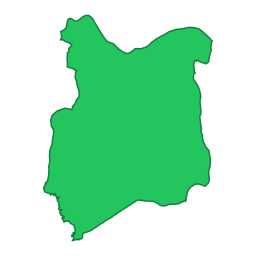 outline of Rwamagana, Eastern, Rwanda
{"feature_id": "39286606B51470133526692", "entity_name": "Rwamagana", "entity_type": "district", "adm_level": 2, "iso_a3": "RWA", "parent_name": "Rwanda", "parent_adm1": "Eastern", "projection": "natural_earth1", "projection_center": [30.347, -1.979], "detail": "fine", "context": "isolated", "style": "filled", "palette": "green", "viewbox_px": 256, "rotation_deg": 0, "n_neighbors": 0, "source": "geoboundaries", "source_scale": "gbopen_adm2", "svg_char_len": 5592}
<svg xmlns="http://www.w3.org/2000/svg" viewBox="0 0 256 256"><path d="M53.3,129.2L53.5,130.6L53.8,130.8L53.9,131.3L53.5,132.2L53.6,134.1L52.6,139.0L52.1,143.9L51.9,144.8L51.4,145.5L50.8,147.9L50.1,149.4L49.9,150.1L50.0,151.1L49.6,152.3L49.8,154.1L49.4,155.5L49.7,158.2L49.7,162.2L49.5,163.5L49.0,165.1L48.9,166.5L48.6,167.1L49.0,167.9L49.0,168.5L49.1,168.8L48.8,171.1L48.9,172.7L48.7,173.0L48.7,173.8L48.8,174.5L48.8,175.0L48.4,176.0L48.1,178.4L47.3,181.1L46.5,182.6L46.0,182.5L45.5,182.7L45.3,183.0L45.7,183.5L45.8,184.0L45.3,184.3L45.1,185.3L43.7,187.7L44.6,191.7L47.6,193.1L48.9,193.0L50.7,194.9L50.8,195.0L51.0,194.7L50.9,193.7L51.1,193.5L51.6,193.6L52.4,193.8L53.0,194.3L53.6,195.3L54.0,195.4L54.3,194.6L54.4,193.6L54.8,193.5L55.4,193.9L55.6,194.4L55.9,196.1L56.9,198.2L57.2,198.3L57.3,198.2L57.7,197.3L58.2,196.9L58.5,196.9L58.9,197.1L58.9,197.9L58.5,198.3L57.6,198.8L57.2,199.4L57.1,199.8L57.4,200.5L59.2,203.8L59.2,204.2L58.6,204.8L58.7,205.5L59.8,206.8L59.6,207.3L58.8,207.9L58.7,208.4L58.8,209.3L59.1,209.7L59.4,209.9L61.3,209.5L62.0,209.6L61.7,210.2L61.4,210.5L60.4,210.9L59.8,211.9L59.8,212.6L60.0,213.0L61.1,213.7L61.0,214.2L60.7,214.5L60.8,215.0L62.2,215.7L63.4,216.0L64.1,216.4L64.2,216.7L63.9,217.7L63.7,218.0L63.3,218.0L62.9,217.5L62.3,217.3L62.1,217.7L62.2,218.5L62.8,219.7L63.2,220.3L64.0,220.9L64.3,221.2L64.0,221.5L64.0,222.0L64.7,221.6L65.5,221.2L67.6,221.3L68.9,220.8L69.2,220.9L70.2,223.0L70.5,223.3L71.7,223.9L72.8,224.7L73.9,225.1L74.1,225.4L74.3,226.1L74.5,227.8L75.2,229.7L75.0,231.5L75.2,232.9L74.7,233.0L73.3,232.6L73.1,232.9L73.2,233.2L74.6,234.0L74.8,234.3L74.2,234.5L72.6,234.5L72.1,234.7L72.0,234.9L71.7,235.8L71.8,236.4L72.0,236.6L72.9,236.0L73.2,236.1L73.4,236.5L73.6,238.9L73.4,239.5L73.2,239.8L72.5,240.2L72.4,240.5L72.6,240.6L73.6,240.4L74.6,239.6L75.0,240.0L76.0,239.5L77.1,239.6L77.7,239.3L77.9,239.4L78.3,239.3L78.7,239.7L79.0,239.8L80.0,238.9L80.4,238.7L81.2,238.9L81.5,238.8L81.9,238.5L82.4,237.6L82.6,236.4L82.6,234.3L82.7,233.7L83.2,233.2L89.3,231.2L91.9,229.9L92.8,229.2L97.1,226.4L101.9,223.1L102.4,223.0L103.4,222.4L105.5,220.6L106.5,220.2L107.7,219.3L109.7,218.4L112.3,216.8L113.3,215.8L116.0,214.2L117.8,212.8L118.5,212.4L122.6,209.6L124.0,208.9L125.3,207.9L126.5,207.3L127.8,206.2L130.6,204.6L132.0,203.4L132.7,203.1L136.5,200.6L138.7,200.0L141.7,200.5L143.6,200.6L144.8,200.9L150.6,201.2L151.2,201.1L151.8,201.3L153.3,201.3L156.8,203.0L158.5,204.0L159.4,204.9L161.9,205.8L163.6,206.0L165.7,205.6L168.9,204.5L169.9,204.3L175.6,204.1L177.3,203.7L177.7,203.8L178.7,203.7L180.2,203.0L180.7,202.6L180.7,202.4L182.7,201.8L185.5,200.4L185.6,200.6L185.7,200.4L185.7,200.8L185.9,200.6L186.2,199.4L185.7,198.4L186.7,195.7L186.9,194.6L186.9,193.7L187.4,192.1L188.6,189.7L189.3,188.7L189.6,188.5L189.8,188.0L190.4,187.2L195.3,184.1L196.5,184.2L198.0,183.9L199.2,184.1L205.3,186.2L208.6,182.5L209.3,179.1L208.6,172.8L209.0,169.5L210.1,166.3L210.4,159.4L209.0,150.8L205.3,146.4L204.8,144.2L203.6,142.6L202.8,140.2L202.4,136.9L202.5,136.3L202.4,135.6L201.4,132.4L201.1,130.3L201.4,129.1L201.3,127.2L200.8,124.8L200.8,124.1L200.6,123.6L200.5,121.8L200.2,121.2L200.3,120.7L200.1,119.6L199.7,117.6L199.8,116.6L200.2,115.7L200.2,115.2L200.5,114.9L201.0,112.2L200.6,108.6L200.6,107.4L200.4,106.3L200.4,104.3L200.0,103.4L200.1,102.3L200.1,99.8L200.4,98.8L200.7,97.2L200.7,95.9L199.9,91.7L198.4,87.0L196.4,83.6L196.2,83.2L194.5,80.9L193.6,79.3L193.3,77.4L193.4,75.8L193.6,74.8L194.3,73.6L195.1,73.0L194.4,71.9L194.1,71.1L194.3,68.3L194.0,67.6L193.7,66.4L193.5,66.0L193.9,65.5L193.7,64.2L194.0,63.5L194.0,63.0L194.4,62.3L194.7,61.2L194.9,61.0L194.7,60.7L195.0,60.5L195.4,60.7L195.9,60.5L196.2,60.6L196.4,61.0L197.7,59.9L198.4,60.9L201.2,62.4L203.3,62.8L205.7,63.8L206.3,63.4L206.7,63.4L208.3,62.1L208.6,61.8L208.7,60.9L208.7,60.2L209.3,57.8L209.4,56.7L210.0,53.9L210.6,51.9L211.2,50.7L211.2,49.6L210.9,49.0L210.7,48.1L211.4,43.4L211.7,42.4L212.3,41.1L211.6,40.5L209.3,37.7L208.0,36.5L201.9,31.1L199.2,29.2L195.8,28.0L194.2,27.7L191.5,27.4L188.1,27.5L185.8,28.1L181.5,28.9L175.7,29.5L170.0,31.4L168.2,32.2L165.3,34.1L160.8,36.4L156.1,39.1L153.4,41.2L152.2,41.9L149.1,45.0L147.9,46.0L146.7,46.7L143.4,48.0L141.3,48.6L139.7,48.7L135.5,48.6L134.7,49.0L132.6,50.9L130.7,52.2L129.1,53.0L127.8,53.4L126.9,53.4L124.2,52.6L122.4,51.5L120.3,50.2L119.5,49.5L118.6,49.0L113.8,44.1L113.3,43.7L111.4,43.0L109.4,42.5L107.5,41.5L106.3,40.6L104.3,38.0L101.2,33.1L100.8,32.8L100.2,31.7L95.4,23.8L93.0,19.4L91.9,18.0L89.8,16.1L88.7,15.6L87.4,15.4L86.4,15.4L85.0,15.7L83.2,16.7L78.6,20.1L77.2,20.9L76.2,21.1L75.5,21.1L74.6,20.8L73.8,20.4L71.9,18.9L71.0,18.5L70.3,18.4L68.7,19.0L68.2,19.4L67.7,20.4L66.6,25.1L66.4,27.3L66.0,28.4L65.8,28.4L64.9,29.0L64.4,29.5L63.1,30.4L60.8,31.4L61.6,36.1L61.6,36.6L61.3,38.3L60.5,39.7L60.8,40.0L61.4,39.7L62.5,39.7L63.4,40.1L64.6,41.1L65.5,41.4L66.9,42.0L68.8,42.7L69.8,43.5L70.5,43.5L71.0,44.8L71.3,45.1L71.7,45.3L71.3,45.9L69.0,48.1L68.7,48.8L68.7,49.3L68.9,50.5L68.6,51.7L67.5,52.7L67.3,53.1L67.5,54.8L67.0,57.6L67.5,64.0L67.3,66.8L67.8,67.0L68.1,67.3L69.2,67.5L71.6,68.2L72.6,68.3L74.1,69.5L75.0,69.9L75.2,70.2L75.6,70.2L75.9,70.5L76.0,70.4L76.6,70.9L75.8,71.8L75.4,73.0L75.5,74.3L75.2,76.9L75.4,78.2L76.6,81.4L76.9,83.7L77.4,85.9L77.8,86.4L77.8,87.3L78.1,88.1L78.2,88.7L78.8,89.7L78.9,90.1L79.2,95.7L79.2,96.3L79.1,96.7L76.5,99.8L75.0,103.7L73.1,105.7L71.7,109.6L65.5,108.3L64.7,108.2L62.7,109.1L61.9,109.2L58.7,110.5L57.8,110.6L55.5,112.4L53.6,114.1L52.1,115.6L51.8,116.2L51.5,118.1L51.1,118.9L50.7,120.6L50.9,122.1L51.2,123.0L51.3,125.8L51.4,126.3L52.0,127.0L52.7,128.4L53.3,129.2Z" fill="#22c55e" stroke="#15803d" stroke-width="1.5"/></svg>